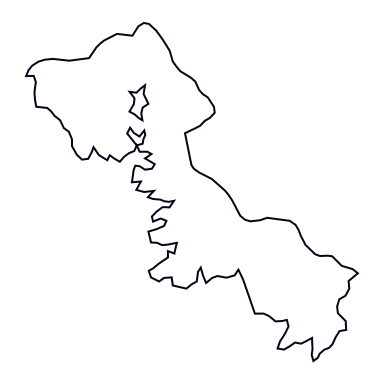 outline of Rifaina, São Paulo, Brazil
{"feature_id": "56859067B80116249125616", "entity_name": "Rifaina", "entity_type": "district", "adm_level": 2, "iso_a3": "BRA", "parent_name": "Brazil", "parent_adm1": "São Paulo", "projection": "orthographic", "projection_center": [-47.445, -20.065], "detail": "fine", "context": "isolated", "style": "outline", "palette": "ink", "viewbox_px": 384, "rotation_deg": 0, "n_neighbors": 0, "source": "geoboundaries", "source_scale": "gbopen_adm2", "svg_char_len": 2629}
<svg xmlns="http://www.w3.org/2000/svg" viewBox="0 0 384 384"><path d="M26.1,76.1L33.7,75.9L35.9,82.2L34.9,88.3L34.5,93.6L35.2,100.9L36.3,106.8L47.1,107.9L51.1,111.3L54.5,115.8L60.1,120.2L63.8,128.0L68.9,131.8L72.0,139.4L72.0,146.2L76.8,154.7L82.0,159.6L88.2,158.8L91.8,152.0L93.5,147.2L99.0,155.2L107.3,160.2L109.8,155.3L114.1,158.4L119.8,161.8L124.1,156.8L129.1,153.1L134.3,151.0L136.7,145.4L139.8,151.8L147.2,151.7L151.5,154.0L145.0,158.4L150.0,161.3L154.8,164.2L151.9,168.7L145.1,169.7L139.6,166.2L135.3,165.7L133.6,170.2L132.9,175.7L131.9,182.3L141.0,181.5L136.3,189.9L144.2,192.0L153.9,190.9L147.9,197.2L153.1,199.0L160.3,199.6L164.5,201.3L169.0,201.8L174.0,200.8L169.5,207.4L162.6,207.1L156.5,211.7L151.9,216.5L153.1,221.6L160.7,218.5L166.4,220.8L164.1,225.9L156.7,229.1L148.4,231.6L149.8,237.2L151.0,242.5L157.1,242.8L162.1,245.1L167.9,244.6L176.9,242.8L175.4,248.7L174.4,253.5L167.9,251.1L168.0,257.4L158.6,263.8L153.1,268.4L148.8,270.8L151.0,277.4L159.1,281.5L164.1,277.9L171.7,277.4L172.8,285.5L178.5,286.8L186.4,288.6L191.6,284.3L196.8,281.5L198.0,271.8L200.8,267.6L203.0,275.5L206.1,283.0L212.2,277.9L217.5,276.0L221.7,276.8L226.5,277.7L234.6,275.4L238.4,269.7L243.1,279.5L254.9,313.6L263.7,313.6L269.3,316.2L275.5,321.4L282.3,321.0L286.9,319.9L288.5,326.5L284.9,333.9L279.9,341.7L277.6,348.5L284.0,349.6L289.7,346.3L295.1,342.5L301.1,343.7L305.5,341.5L312.0,338.0L312.5,349.1L311.7,354.9L313.4,361.0L317.7,357.9L319.8,353.6L324.1,349.8L329.1,347.8L332.5,344.2L335.7,337.2L339.5,331.1L346.2,329.9L345.7,321.1L341.2,316.5L337.9,313.2L337.1,306.6L339.3,299.3L345.5,295.7L349.3,288.6L348.6,281.0L357.9,273.3L352.6,269.1L341.8,265.9L332.2,256.3L327.9,255.7L319.9,256.0L315.1,254.2L305.6,245.0L300.9,236.0L298.5,229.9L295.6,224.9L289.7,220.8L267.2,217.8L259.8,220.3L250.3,221.3L245.1,219.8L240.2,215.7L235.1,205.9L232.0,200.1L228.1,194.3L224.9,190.5L212.0,179.1L199.1,172.5L193.8,168.7L191.4,164.9L185.0,133.2L196.1,127.9L200.2,125.7L204.9,120.8L209.9,117.9L214.7,112.8L214.0,106.9L207.8,97.4L202.8,94.1L199.2,90.1L195.2,81.4L190.6,77.5L180.4,71.3L176.4,66.5L172.8,61.5L169.7,50.8L163.3,40.4L156.4,30.8L148.9,23.9L143.8,23.0L138.4,26.3L132.4,35.7L117.0,33.9L104.3,40.4L100.3,43.5L96.3,47.5L89.1,58.1L69.4,60.7L52.8,58.9L44.7,59.7L38.3,61.7L32.0,65.8L28.5,70.3L26.1,76.1ZM142.4,120.3L138.6,117.9L134.8,114.5L129.5,111.6L133.9,104.0L134.5,98.3L129.6,91.8L136.4,92.7L141.0,88.3L145.0,85.2L143.6,94.0L148.4,103.9L142.7,107.5L141.3,113.5L142.4,120.3ZM136.7,145.4L127.2,133.5L130.1,127.7L133.9,133.0L139.5,136.5L144.2,130.5L145.3,135.0L143.4,139.2L142.7,143.7L136.7,145.4Z" fill="none" stroke="#020617" stroke-width="2"/></svg>